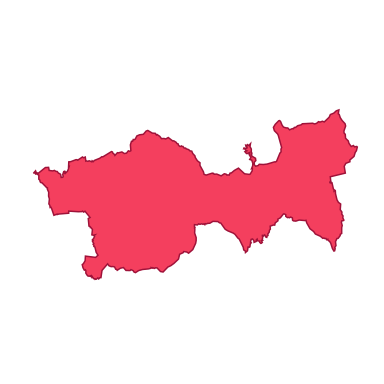 Tismana, Gorj, Romania, rotated 96°
{"feature_id": "2599482B13244509072735", "entity_name": "Tismana", "entity_type": "district", "adm_level": 2, "iso_a3": "ROU", "parent_name": "Romania", "parent_adm1": "Gorj", "projection": "robinson", "projection_center": [22.909, 45.124], "detail": "fine", "context": "isolated", "style": "filled", "palette": "rose", "viewbox_px": 384, "rotation_deg": 96, "n_neighbors": 0, "source": "geoboundaries", "source_scale": "gbopen_adm2", "svg_char_len": 6051}
<svg xmlns="http://www.w3.org/2000/svg" viewBox="0 0 384 384"><g transform="rotate(96 192 192)"><path d="M190.0,351.7L189.2,350.6L190.5,349.3L190.1,348.7L191.3,346.1L195.3,345.7L196.1,344.6L197.7,344.1L198.4,343.3L198.5,342.2L203.0,336.8L203.0,336.2L204.4,336.1L207.2,334.5L211.1,334.2L213.8,333.1L218.8,333.1L220.1,332.0L222.2,331.5L221.8,330.8L223.1,329.9L229.6,326.9L228.1,323.9L228.5,323.7L227.8,322.0L226.0,312.4L223.9,312.6L223.5,303.0L223.0,299.4L222.5,298.8L223.3,297.6L222.3,296.4L228.0,290.7L229.2,292.4L236.7,290.9L237.0,289.7L238.0,289.4L237.9,288.8L239.7,287.1L245.1,287.1L245.3,285.6L244.8,284.1L245.7,284.9L246.4,284.3L248.3,284.9L250.1,286.1L250.7,285.2L251.5,285.8L253.5,284.3L254.3,284.9L255.4,283.9L256.4,283.9L256.9,282.8L262.0,281.0L264.7,278.9L267.1,281.0L266.9,291.3L271.5,291.1L274.6,292.5L275.7,293.6L278.7,292.5L281.0,290.9L280.5,289.9L281.4,289.3L283.8,289.1L285.6,287.7L286.4,286.8L286.5,285.4L285.5,283.3L286.3,282.6L286.8,283.3L287.1,282.4L287.6,282.5L287.5,281.5L288.5,280.6L288.4,279.4L289.0,279.3L288.7,278.0L287.3,276.7L288.2,275.7L286.9,274.8L286.7,273.6L279.4,273.3L272.3,268.4L274.1,266.8L274.7,264.6L274.4,263.0L274.6,261.2L276.8,259.8L276.8,258.9L277.7,258.2L275.3,255.3L274.3,252.3L276.9,249.5L276.6,245.4L275.6,244.6L276.4,242.2L277.6,241.4L278.1,239.8L275.7,236.8L274.2,233.0L273.0,227.1L272.1,224.8L271.4,224.8L271.9,223.0L271.4,222.9L271.9,221.1L271.2,220.5L271.1,218.9L274.4,215.0L274.6,212.4L269.1,208.1L267.5,205.4L264.9,202.5L260.1,198.4L255.2,197.8L253.3,194.5L252.1,194.0L252.2,191.0L253.2,189.0L249.2,185.2L242.6,183.0L239.8,182.8L236.9,183.1L232.5,185.1L228.4,185.3L227.6,185.8L227.1,185.3L226.0,186.0L224.2,186.1L224.2,183.2L223.0,182.1L223.3,180.7L222.6,178.9L223.0,177.7L222.4,176.8L223.2,175.8L222.1,175.4L222.2,174.2L221.6,173.3L221.2,171.0L219.0,168.1L218.7,163.2L219.8,161.4L219.9,160.1L225.6,155.1L226.9,152.3L228.6,146.6L229.6,144.8L233.0,141.6L233.9,140.1L241.5,135.3L244.2,134.5L245.1,132.8L246.6,132.5L244.7,130.7L240.9,130.5L240.8,129.0L240.4,128.7L237.6,128.6L236.3,127.8L235.8,128.6L232.9,128.2L232.4,126.8L233.9,125.4L235.6,125.0L234.5,123.0L233.0,123.1L232.0,122.3L233.7,121.6L233.8,119.8L235.0,119.4L235.9,118.1L235.6,117.5L234.7,116.8L233.2,117.9L232.6,116.6L231.8,117.3L230.3,116.9L227.8,117.5L227.6,116.9L228.3,116.3L227.1,115.2L229.3,113.6L229.3,112.9L228.2,112.9L227.3,111.9L225.9,112.2L223.8,111.0L221.9,111.0L220.8,110.2L217.8,110.7L216.3,107.5L216.3,106.3L214.0,106.0L211.6,103.5L210.1,103.8L208.4,101.4L204.3,98.8L204.2,97.8L204.7,96.4L206.4,96.2L207.5,94.4L207.2,93.6L207.4,92.3L206.6,91.3L207.2,89.5L209.6,89.0L210.1,88.1L210.1,85.7L208.7,82.5L208.6,76.6L208.2,75.7L210.7,74.7L216.2,70.8L218.6,66.9L220.9,64.9L222.6,59.7L224.4,57.1L224.0,56.0L224.4,55.3L224.2,53.9L225.4,53.2L224.8,52.0L225.6,51.8L227.0,49.8L228.4,48.7L233.6,46.4L235.9,44.7L235.6,44.0L233.4,43.7L232.2,44.2L230.3,43.2L226.4,44.1L223.1,43.0L222.8,41.8L219.9,40.1L218.6,40.1L217.6,38.8L211.7,39.4L209.6,39.1L206.8,40.2L205.1,40.1L204.5,38.2L204.1,38.0L202.0,39.3L200.0,39.3L198.4,40.7L196.3,40.8L194.1,42.7L188.4,42.9L187.0,45.3L184.6,47.0L178.7,49.1L175.7,49.6L175.4,50.0L176.2,50.8L174.9,50.9L174.2,51.7L168.3,53.7L168.6,54.4L168.2,55.0L168.8,56.1L167.7,55.1L167.6,55.8L167.2,55.7L167.2,55.0L162.4,56.1L157.2,41.5L150.5,43.3L147.4,42.0L145.4,38.1L143.7,38.4L139.7,34.6L135.6,33.8L133.8,32.8L130.0,32.3L129.5,32.9L130.1,35.1L128.9,36.3L130.1,38.4L127.2,41.0L124.9,41.9L122.5,44.9L118.6,45.6L117.5,46.9L115.6,47.3L110.3,46.1L108.1,46.9L105.2,50.2L102.6,52.3L99.5,53.7L99.0,54.7L95.0,54.5L96.2,57.0L98.8,59.3L100.5,62.5L103.3,63.4L108.5,67.8L108.0,69.7L109.1,72.0L108.8,73.5L110.7,75.3L111.5,77.2L111.0,79.2L112.6,89.4L113.8,90.5L115.0,93.8L116.9,95.7L117.1,97.0L118.5,97.8L118.5,98.9L120.0,101.5L118.3,103.4L118.4,105.2L117.9,107.8L116.1,109.4L112.6,111.3L111.8,112.3L112.1,113.2L116.0,116.3L119.2,117.8L122.4,116.5L125.4,112.9L126.7,112.1L138.4,107.5L140.1,108.0L142.7,107.6L144.1,108.6L152.6,111.1L153.4,112.1L153.4,113.1L156.4,120.3L157.2,124.0L157.4,128.0L158.8,129.0L159.7,131.4L158.2,133.0L155.7,133.1L154.1,131.8L151.8,132.4L150.2,135.9L149.3,136.6L147.1,136.5L146.0,137.2L143.1,137.5L140.7,139.1L137.9,138.9L139.8,140.3L139.1,141.8L140.0,142.1L139.8,143.5L141.0,143.1L141.7,141.9L142.6,142.0L143.0,143.3L142.8,144.9L143.6,145.1L143.4,144.1L144.6,143.2L145.3,141.7L146.4,143.6L148.0,141.9L148.1,141.3L146.7,138.8L149.4,138.3L148.7,138.6L148.5,139.1L148.8,139.1L151.5,137.0L153.6,138.0L154.1,135.9L157.2,134.5L159.6,134.4L162.1,135.1L161.7,134.6L162.0,134.4L164.7,134.4L168.1,136.0L168.5,136.9L168.4,141.6L163.4,148.3L166.1,152.1L168.9,154.8L169.2,156.1L171.3,156.8L171.2,158.1L171.6,158.9L170.7,159.9L170.5,161.8L172.9,164.7L171.6,169.2L172.0,171.8L171.2,172.5L171.4,173.4L171.1,173.8L173.7,179.7L173.2,181.8L170.6,182.8L164.7,186.9L162.1,187.1L160.4,189.9L157.4,192.3L155.7,192.9L153.6,195.3L151.4,196.5L151.3,198.4L150.2,199.7L149.6,202.5L149.0,202.9L149.1,204.4L147.6,205.8L147.8,206.7L147.3,207.4L147.8,207.9L147.9,209.0L146.8,210.4L145.7,210.7L145.3,212.1L144.2,213.0L143.0,215.5L143.2,216.6L140.3,221.3L142.0,223.7L141.7,225.4L142.1,227.9L140.0,229.9L138.5,232.7L139.0,233.4L137.5,234.6L137.6,237.6L135.4,242.4L136.2,244.0L139.7,246.4L140.6,250.2L142.0,252.7L145.4,254.0L146.0,255.0L145.9,255.9L147.8,256.4L147.9,257.5L151.6,258.2L157.3,257.1L158.0,258.1L157.7,259.6L160.2,261.2L160.8,263.4L159.5,265.9L160.8,269.4L160.7,270.3L163.7,272.5L162.7,273.1L161.7,274.7L160.5,275.3L160.2,276.3L166.4,284.4L166.3,285.3L168.1,287.3L170.8,292.4L172.2,293.5L171.4,294.6L172.4,294.9L171.7,297.6L172.4,298.7L172.1,300.2L172.4,300.8L168.4,301.8L169.3,303.5L168.6,304.6L172.3,309.0L171.9,309.7L172.0,310.8L174.5,315.8L174.9,317.7L179.8,317.4L179.5,316.9L182.3,317.4L184.3,318.0L187.5,320.6L185.4,320.0L184.6,320.7L185.1,321.7L188.3,322.4L189.7,321.7L190.9,322.1L191.2,323.6L188.5,324.4L187.6,325.3L187.3,326.7L185.7,328.2L185.7,329.6L184.9,331.1L185.6,332.7L185.5,336.3L182.5,337.2L183.0,340.4L189.3,346.7L189.1,348.9L187.3,349.8L190.0,351.7Z" fill="#f43f5e" stroke="#9f1239" stroke-width="1.5"/></g></svg>